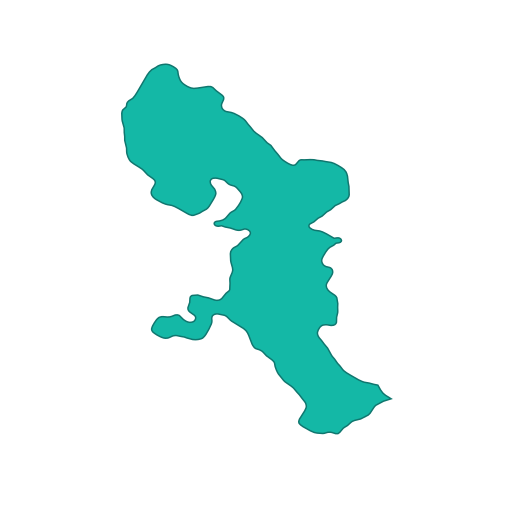 Villa Tabara Arriba, Azua, Dominican Republic, rotated 300°
{"feature_id": "3306468B57701305571020", "entity_name": "Villa Tabara Arriba", "entity_type": "district", "adm_level": 2, "iso_a3": "DOM", "parent_name": "Dominican Republic", "parent_adm1": "Azua", "projection": "equal_earth", "projection_center": [-70.922, 18.486], "detail": "fine", "context": "isolated", "style": "filled", "palette": "teal", "viewbox_px": 512, "rotation_deg": 300, "n_neighbors": 0, "source": "geoboundaries", "source_scale": "gbopen_adm2", "svg_char_len": 6131}
<svg xmlns="http://www.w3.org/2000/svg" viewBox="0 0 512 512"><g transform="rotate(300 256 256)"><path d="M359.2,213.6L359.6,209.0L361.7,202.2L362.4,194.7L363.0,191.6L364.9,186.8L366.1,183.3L367.8,179.3L368.3,177.5L368.6,175.4L368.8,171.1L368.5,165.7L367.9,162.7L366.2,158.0L366.0,156.2L366.3,154.4L366.6,153.6L367.4,152.2L369.2,150.7L370.7,150.2L375.3,149.7L376.7,149.1L377.3,148.6L377.8,147.9L378.3,146.3L379.2,139.0L380.3,134.4L380.2,132.7L380.0,131.9L378.8,129.7L372.1,121.3L370.0,118.3L369.0,115.6L368.7,113.7L368.5,111.7L368.6,108.6L368.8,106.6L369.3,104.7L370.0,103.1L370.9,101.7L372.5,99.7L374.2,98.0L377.0,95.8L377.9,94.5L378.4,92.8L378.6,90.0L378.5,87.1L378.2,85.1L377.6,83.3L376.8,81.7L375.3,79.6L373.6,77.7L371.7,76.2L368.9,74.8L365.3,72.6L362.1,71.7L358.6,71.3L338.5,71.2L334.2,71.0L330.8,70.4L326.9,68.3L324.9,67.8L323.5,67.9L321.2,68.8L320.1,69.0L315.9,67.6L314.5,67.7L312.5,68.4L307.4,71.6L306.0,72.7L301.0,77.8L297.0,80.2L293.9,82.5L290.5,84.5L284.8,89.9L281.4,92.0L280.0,93.1L277.6,95.8L276.1,98.1L275.3,99.9L275.1,100.9L274.7,104.1L274.5,110.5L274.3,113.7L273.9,115.7L272.6,119.9L272.1,121.6L271.5,128.1L271.1,129.8L270.8,130.5L269.8,131.8L268.4,132.4L266.9,132.6L261.3,132.6L258.9,133.3L257.6,134.2L256.6,135.4L255.8,137.0L255.5,137.9L255.1,139.9L255.0,141.9L255.2,148.4L255.7,151.7L256.2,153.6L257.7,157.7L258.2,160.8L258.4,165.2L258.4,175.2L258.5,177.3L259.1,180.1L260.0,181.6L263.3,184.4L265.1,185.8L267.8,187.2L271.7,189.6L273.3,190.2L275.9,190.6L283.8,190.8L286.5,190.7L288.2,190.5L289.8,190.1L290.5,189.7L291.7,188.7L293.2,186.8L295.0,182.0L295.8,180.6L297.5,179.1L298.3,178.8L299.8,178.8L300.5,179.0L301.8,179.9L303.2,181.9L303.9,183.5L305.6,189.2L305.8,190.8L305.7,191.5L304.8,195.2L304.6,196.9L304.8,198.6L305.7,202.3L305.7,203.9L305.4,205.4L303.8,210.2L302.7,212.5L301.6,213.8L300.4,214.8L298.9,215.3L294.9,215.7L290.9,215.6L286.2,215.0L284.7,214.5L281.5,212.6L280.0,212.0L274.2,210.9L272.6,210.4L270.5,209.2L268.2,207.0L266.3,204.5L265.3,203.6L264.0,203.3L263.3,203.5L262.7,204.0L262.3,204.8L262.1,205.7L262.4,207.3L263.0,208.6L265.0,211.1L265.7,214.8L267.4,219.8L268.5,225.4L269.1,227.2L269.8,228.6L270.8,229.9L273.8,232.7L274.4,234.2L274.7,235.8L274.5,237.5L274.3,238.3L273.8,239.0L273.2,239.6L272.6,239.9L271.2,240.1L269.1,239.7L267.7,239.1L265.3,237.4L263.9,236.7L256.3,235.0L254.9,234.4L252.4,232.8L251.0,232.2L249.5,231.9L247.2,231.9L245.1,232.7L239.3,236.4L238.0,237.5L234.2,241.4L232.2,242.9L230.0,243.6L225.3,244.2L223.8,244.5L222.4,245.2L219.3,247.2L213.7,250.1L212.4,250.1L208.7,248.7L201.9,247.6L199.8,246.5L198.7,245.3L197.8,243.9L197.2,242.2L196.0,235.8L194.3,230.8L193.1,225.1L190.1,220.7L189.6,220.2L188.4,219.7L187.8,219.6L186.5,219.9L182.7,221.8L177.2,222.9L175.9,223.7L174.9,225.0L174.4,226.7L173.9,232.1L173.3,233.8L172.7,234.4L171.4,235.1L170.0,235.2L168.6,235.0L167.2,234.1L166.1,232.9L165.2,231.4L164.7,229.6L164.5,227.7L164.7,224.9L166.1,219.5L166.1,218.8L165.7,217.3L164.5,215.5L161.7,213.3L160.1,211.7L158.8,209.7L157.0,205.8L156.1,204.4L154.4,202.8L152.7,202.1L151.0,201.7L147.5,201.4L144.0,201.4L142.4,201.6L140.8,202.0L140.1,202.4L139.5,203.0L139.0,203.8L138.6,204.7L138.3,206.6L138.1,209.6L138.2,212.7L138.4,214.8L138.8,216.9L139.5,218.7L140.9,220.7L142.1,221.7L145.2,223.9L146.7,225.7L147.5,227.2L148.9,231.5L150.0,234.4L150.4,236.9L152.0,242.9L153.3,245.5L154.9,247.8L156.8,249.8L158.2,250.8L160.6,251.5L163.0,251.8L169.0,251.8L174.8,251.3L176.4,250.9L177.7,250.3L180.1,248.7L181.5,248.3L182.2,248.2L183.7,248.6L184.9,249.4L186.0,250.6L186.8,252.0L188.9,258.4L189.0,260.0L188.8,261.6L187.7,265.6L187.4,267.5L187.0,281.4L186.4,284.5L185.2,287.1L183.6,289.4L177.7,296.7L176.8,298.2L175.8,300.5L175.7,302.2L176.5,305.8L176.6,308.4L176.3,310.1L174.8,315.0L174.1,321.6L173.7,323.3L173.1,324.9L172.6,325.5L169.8,327.9L167.5,330.6L165.9,332.9L165.0,334.5L162.1,342.0L161.6,343.8L161.4,345.7L160.9,351.7L160.4,354.5L158.6,359.4L157.5,362.9L155.8,366.9L154.2,371.0L153.4,372.5L152.3,373.7L151.1,374.7L149.6,375.3L146.3,375.6L136.4,375.2L134.2,375.7L132.9,376.6L132.5,377.4L132.0,379.1L131.7,382.0L131.8,390.5L132.3,394.7L133.2,397.4L135.7,402.6L136.6,403.8L139.2,406.3L140.5,408.3L141.1,409.9L142.0,413.9L142.8,415.3L143.3,415.9L145.2,416.7L150.3,417.6L151.7,418.2L155.0,420.0L159.4,421.4L160.8,422.0L162.9,423.6L167.2,428.1L174.4,432.7L176.8,433.4L183.6,433.8L185.2,434.0L186.8,434.5L194.0,439.0L199.9,444.4L200.1,438.0L200.4,436.1L200.8,434.2L202.2,431.0L205.1,426.1L203.8,422.3L202.6,417.7L200.8,412.8L200.4,410.8L200.0,406.6L200.0,398.0L200.1,392.7L200.5,389.6L201.0,387.8L202.7,383.8L203.8,380.3L206.0,375.6L207.2,372.2L208.1,370.5L212.0,364.1L213.9,358.9L215.6,355.0L216.8,351.6L217.6,350.1L218.6,348.8L219.8,347.8L220.6,347.4L222.9,346.9L226.0,346.9L228.3,347.6L229.6,348.5L231.1,350.4L231.9,351.8L233.4,355.8L234.8,357.7L236.0,358.6L236.7,358.8L237.5,359.0L238.9,358.8L243.3,356.4L247.7,355.1L249.1,354.4L252.3,352.4L255.7,350.6L260.2,346.9L261.0,345.5L261.4,343.8L261.8,338.3L262.4,335.6L263.6,333.3L265.3,331.7L266.8,331.1L268.5,330.9L276.1,331.2L278.5,331.1L280.0,330.7L281.3,329.9L282.3,328.8L282.6,328.1L283.0,326.6L282.8,325.2L281.8,321.8L281.8,320.0L281.9,319.1L282.2,318.3L283.0,316.9L284.1,315.7L285.4,314.9L286.9,314.5L289.3,314.3L294.3,314.4L297.8,314.8L300.4,315.6L304.2,317.9L307.1,318.9L309.0,321.3L310.1,322.2L311.3,322.5L312.0,322.4L312.6,321.8L313.1,321.0L313.2,320.2L313.2,319.3L313.0,318.5L312.3,317.2L310.4,314.8L310.4,305.9L310.1,301.6L309.5,298.6L307.6,293.9L307.1,291.2L307.3,288.7L307.5,287.9L308.0,287.2L308.6,286.7L309.3,286.5L310.6,286.6L314.6,289.1L319.8,290.9L323.6,293.3L329.5,295.2L333.4,297.5L339.3,299.4L343.0,302.0L345.7,303.5L348.8,305.7L351.0,306.5L352.5,306.7L354.1,306.6L355.6,306.1L362.7,301.7L365.7,299.1L370.9,295.3L372.7,293.4L373.8,291.9L374.9,289.1L375.3,286.0L375.4,281.7L375.2,277.4L374.6,274.3L372.7,269.4L371.5,265.9L369.4,261.2L368.5,258.5L367.7,256.8L366.3,254.3L363.3,249.6L362.2,247.5L361.3,246.3L360.1,245.6L355.4,244.7L354.1,244.1L353.1,242.8L352.8,242.0L352.4,240.1L352.2,237.1L352.3,233.9L352.6,230.7L353.1,228.7L355.1,223.8L356.6,219.5L359.2,213.6Z" fill="#14b8a6" stroke="#0f766e" stroke-width="1.5"/></g></svg>